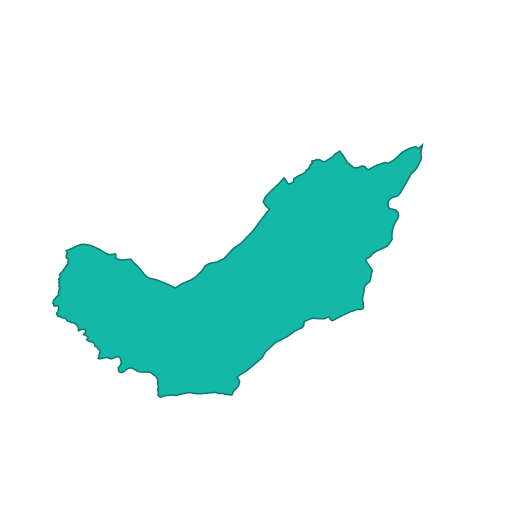 Yaha, Yala, Thailand, rotated 58°
{"feature_id": "78962969B93960715397909", "entity_name": "Yaha", "entity_type": "district", "adm_level": 2, "iso_a3": "THA", "parent_name": "Thailand", "parent_adm1": "Yala", "projection": "equal_earth", "projection_center": [101.075, 6.426], "detail": "fine", "context": "isolated", "style": "filled", "palette": "teal", "viewbox_px": 512, "rotation_deg": 58, "n_neighbors": 0, "source": "geoboundaries", "source_scale": "gbopen_adm2", "svg_char_len": 6133}
<svg xmlns="http://www.w3.org/2000/svg" viewBox="0 0 512 512"><g transform="rotate(58 256 256)"><path d="M361.1,350.1L360.8,349.8L359.8,348.1L358.9,347.0L358.2,345.2L358.5,344.7L356.6,339.2L353.7,336.3L348.6,336.2L348.3,332.3L348.3,324.1L347.8,320.2L345.5,304.6L342.3,298.7L339.8,285.6L340.9,272.0L340.2,262.7L341.3,254.5L339.9,252.0L337.4,250.1L337.4,247.7L338.1,243.6L338.6,241.6L339.2,240.1L341.6,237.2L345.4,231.5L345.8,228.8L346.1,226.3L349.3,226.5L351.0,226.1L351.7,223.4L351.6,221.7L352.3,213.4L352.7,210.6L353.1,207.0L353.4,204.9L354.1,202.5L354.5,199.7L355.7,197.2L357.0,195.5L357.3,193.1L355.8,191.5L351.1,189.4L349.6,188.9L348.2,187.9L341.9,181.9L340.3,181.4L338.9,178.9L338.3,176.7L338.1,174.9L338.0,173.1L336.3,171.2L333.2,168.4L330.0,165.2L328.7,164.8L326.6,165.1L324.0,165.1L319.1,165.3L318.6,165.6L318.0,165.6L317.0,164.4L316.8,162.7L317.2,160.1L316.8,158.5L316.0,156.2L315.8,153.1L315.9,149.2L317.0,142.3L317.1,139.7L316.5,137.4L314.7,133.1L314.1,131.7L312.7,131.2L311.3,130.3L307.9,127.8L305.2,125.4L302.4,121.7L301.5,120.4L300.6,118.7L299.1,115.5L297.3,113.6L295.8,113.0L294.3,112.5L293.0,112.6L291.6,113.1L290.4,113.8L288.6,115.4L287.3,117.0L286.0,117.8L283.4,117.2L281.1,116.0L279.9,114.8L279.0,113.2L278.6,111.4L278.9,108.5L279.7,105.7L279.9,103.2L279.0,100.1L276.6,95.7L269.8,82.9L268.7,81.1L268.3,78.8L267.2,75.0L266.4,72.7L265.5,71.1L263.9,68.4L261.8,65.2L260.6,63.8L259.6,63.2L257.5,62.3L255.5,61.1L254.3,60.2L250.6,56.5L250.0,56.0L250.2,56.9L250.3,58.5L251.3,60.5L250.2,61.4L248.7,62.0L247.7,63.2L247.4,63.8L246.8,66.4L246.0,68.7L245.8,71.4L245.6,76.7L245.7,78.3L245.8,79.2L246.5,81.3L247.6,87.6L247.7,90.3L247.4,94.3L247.0,95.4L246.7,95.7L245.2,96.7L244.9,97.3L244.3,100.1L243.9,101.6L243.8,102.9L243.3,104.1L243.0,105.1L243.0,106.4L242.6,108.8L242.5,113.1L242.3,114.8L241.8,115.4L241.2,115.8L239.2,116.2L238.2,116.2L237.6,116.3L237.3,116.6L237.3,117.3L236.3,117.9L236.1,118.1L235.7,118.7L235.4,120.0L235.3,121.7L234.8,123.5L233.3,125.6L232.9,126.6L229.9,127.0L229.5,127.6L228.8,128.3L228.5,128.3L227.9,127.8L227.6,127.8L226.2,128.5L225.6,129.0L223.2,128.8L222.6,128.9L221.1,128.8L216.1,128.9L213.8,129.3L211.5,129.3L211.4,130.0L211.5,132.2L211.4,135.2L212.3,137.8L212.6,138.4L212.6,140.4L212.3,141.5L212.6,143.1L212.4,144.5L212.6,146.4L212.6,147.4L212.3,148.0L211.7,148.5L211.3,149.3L210.4,150.0L210.0,150.2L209.5,150.2L208.9,150.6L208.3,150.7L207.9,151.0L207.6,151.8L207.4,152.6L206.6,152.9L206.4,153.2L206.2,153.7L206.3,154.9L206.1,155.8L205.7,156.7L205.1,157.5L205.0,158.0L205.1,158.4L205.5,158.7L206.2,158.5L207.0,158.7L207.0,159.9L207.4,161.0L207.6,161.8L208.4,162.9L208.7,163.6L209.5,164.0L209.8,164.6L209.9,165.5L209.8,167.2L210.2,167.8L210.3,168.6L211.0,169.7L211.3,170.7L211.2,171.4L210.9,171.8L211.2,173.3L211.0,174.9L210.5,176.6L210.6,178.1L210.4,181.7L210.5,182.6L210.9,183.4L211.8,183.9L212.3,184.5L213.1,185.0L212.8,187.2L212.7,189.1L212.3,189.8L211.4,190.6L207.4,190.6L206.2,190.8L204.6,190.7L207.0,199.7L208.7,208.5L210.9,216.8L213.8,221.2L218.8,221.2L223.5,219.8L224.9,224.2L233.0,245.1L237.3,262.2L237.6,270.9L241.2,284.6L240.4,292.3L237.5,299.6L237.5,304.5L238.7,307.0L240.0,310.3L241.8,318.1L241.8,324.0L240.3,333.2L240.3,341.5L234.1,345.3L223.7,352.8L217.5,358.9L215.0,359.8L212.6,360.5L208.5,360.8L202.5,361.7L196.2,363.4L192.4,363.8L188.0,372.3L185.5,375.0L183.0,375.9L180.6,374.0L179.6,374.2L178.8,376.2L177.4,379.3L173.9,382.0L167.6,385.1L159.8,390.2L156.2,394.0L154.0,397.0L152.9,400.8L151.5,410.8L151.3,412.9L150.9,413.8L151.2,413.7L151.8,414.2L152.2,414.3L153.1,414.1L153.4,414.2L154.9,416.6L155.5,417.1L156.4,417.6L157.3,417.9L157.8,417.4L158.4,417.1L159.4,416.9L160.0,417.1L160.7,417.8L161.4,419.1L161.8,419.2L162.5,418.9L163.1,419.2L163.4,419.9L163.5,421.6L163.6,422.0L163.8,422.4L164.4,422.9L165.6,426.5L166.4,427.5L166.6,428.3L166.8,430.0L167.4,431.3L167.5,432.1L167.6,432.4L167.9,432.6L169.5,432.7L169.9,433.0L170.1,433.1L170.6,434.2L170.9,435.4L171.2,435.7L171.4,435.6L171.8,435.4L172.3,435.4L173.0,436.5L173.8,437.1L175.4,437.8L176.2,438.0L176.9,438.7L177.3,439.3L177.5,439.3L178.6,438.7L179.2,438.5L179.5,438.8L179.8,440.5L181.1,441.8L182.2,442.3L182.8,443.5L183.2,443.6L184.6,443.6L184.8,443.8L184.9,444.2L184.7,445.2L184.8,446.2L184.9,447.2L185.6,448.5L186.1,450.5L186.6,451.5L188.4,453.3L188.6,453.3L189.0,453.1L189.4,453.0L191.0,453.8L191.6,453.6L191.9,453.2L192.9,450.7L193.3,450.3L193.9,450.2L194.4,450.3L197.6,452.7L198.1,453.3L198.9,455.6L199.3,455.8L200.3,455.9L201.2,455.8L202.0,456.0L202.3,455.9L202.5,455.8L203.1,454.3L203.4,454.0L203.8,453.9L204.6,454.0L205.0,453.8L205.6,452.9L206.5,452.2L207.1,451.4L208.6,450.4L209.0,450.3L209.3,450.3L210.4,450.6L210.9,450.6L211.4,450.3L212.7,449.0L214.9,447.6L215.9,446.1L217.3,445.2L219.8,444.6L220.7,444.4L221.6,444.5L223.5,445.1L224.4,445.8L225.2,446.2L225.5,445.7L225.7,443.5L226.4,441.8L226.8,441.2L227.6,440.6L228.3,439.7L228.5,439.7L228.9,440.0L229.6,440.3L230.4,441.1L230.7,441.5L230.7,442.9L231.1,443.6L231.3,443.7L231.6,443.4L232.6,443.1L233.9,442.0L235.2,441.4L235.6,441.5L236.0,441.6L236.3,441.9L236.9,443.4L237.2,443.8L237.4,444.0L238.1,443.8L238.4,443.6L240.5,442.1L243.3,439.7L244.3,439.5L246.2,440.1L247.0,440.2L247.8,440.1L248.2,439.8L248.7,439.1L249.0,439.0L250.7,439.2L252.1,438.8L253.6,438.6L254.1,438.8L255.1,439.4L256.2,440.7L257.0,441.9L258.3,442.4L258.6,442.7L259.2,444.1L260.5,443.0L261.8,439.2L263.0,436.2L265.2,434.5L266.5,433.3L267.2,431.1L267.4,428.7L267.7,427.0L268.8,425.8L270.8,425.3L272.8,426.0L274.8,426.5L276.2,428.0L277.1,429.7L277.8,431.9L279.6,433.1L281.8,433.4L282.9,432.7L283.8,431.0L284.0,428.3L283.5,425.6L283.6,423.9L284.5,421.6L285.8,420.3L287.7,419.1L289.8,418.2L291.7,417.0L293.5,415.0L298.2,407.7L299.7,406.7L301.7,406.1L303.0,405.7L304.9,404.6L306.8,404.7L308.7,404.9L310.1,405.8L312.3,407.0L315.5,408.3L317.4,410.4L319.2,410.9L320.4,411.4L321.8,412.6L322.3,412.9L324.7,412.2L325.6,411.0L325.6,409.1L326.6,406.4L329.3,401.1L331.4,398.4L332.4,396.5L332.7,394.5L336.0,386.0L336.9,384.3L340.2,380.7L343.2,376.6L347.1,368.6L350.3,362.5L351.2,361.5L352.7,360.8L354.9,356.9L356.5,356.0L358.1,354.0L361.1,350.1Z" fill="#14b8a6" stroke="#0f766e" stroke-width="1.5"/></g></svg>